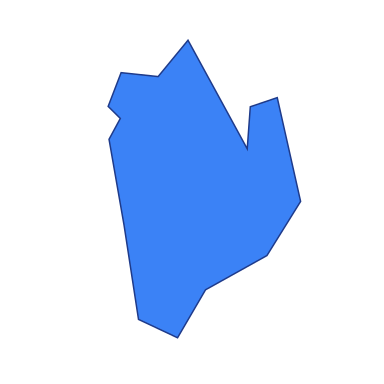 an SVG outline of Grand'Anse, rotated 18°
{"feature_id": "SYC-5210", "entity_name": "Grand'Anse", "entity_type": "state/province", "adm_level": 1, "iso_a3": "SYC", "parent_name": "Seychelles", "parent_adm1": "", "projection": "equal_earth", "projection_center": [55.469, -4.682], "detail": "fine", "context": "isolated", "style": "filled", "palette": "blue", "viewbox_px": 384, "rotation_deg": 18, "n_neighbors": 0, "source": "natural_earth", "source_scale": "10m", "svg_char_len": 355}
<svg xmlns="http://www.w3.org/2000/svg" viewBox="0 0 384 384"><g transform="rotate(18 192 192)"><path d="M223.3,335.1L180.5,329.7L137.6,244.5L96.8,167.5L101.1,144.2L85.8,136.5L87.7,100.4L124.1,92.7L141.3,48.9L231.2,133.9L221.1,92.9L243.9,75.9L298.2,167.4L282.9,229.3L235.1,280.8L223.3,335.1Z" fill="#3b82f6" stroke="#1e3a8a" stroke-width="1.5"/></g></svg>